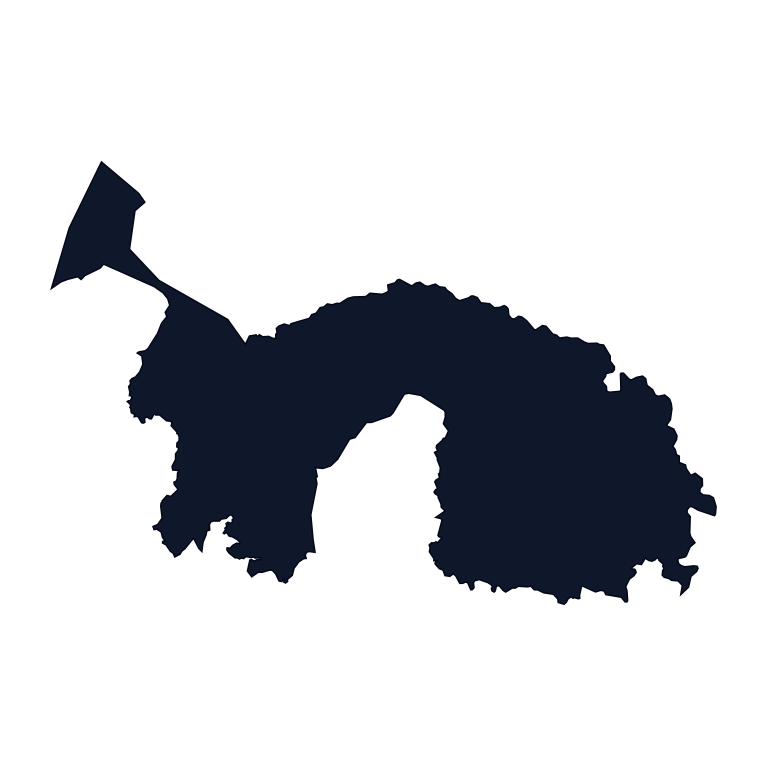 Xochistlahuaca, Guerrero, Mexico (orthographic projection), rotated 271°
{"feature_id": "50627088B15605967871825", "entity_name": "Xochistlahuaca", "entity_type": "district", "adm_level": 2, "iso_a3": "MEX", "parent_name": "Mexico", "parent_adm1": "Guerrero", "projection": "orthographic", "projection_center": [-98.192, 16.882], "detail": "fine", "context": "isolated", "style": "filled", "palette": "ink", "viewbox_px": 768, "rotation_deg": 271, "n_neighbors": 0, "source": "geoboundaries", "source_scale": "gbopen_adm2", "svg_char_len": 6162}
<svg xmlns="http://www.w3.org/2000/svg" viewBox="0 0 768 768"><g transform="rotate(271 384 384)"><path d="M201.9,699.8L205.1,701.2L207.2,700.4L207.6,696.9L206.5,688.1L207.5,684.4L209.6,681.7L213.3,680.8L214.7,681.6L216.1,687.6L217.4,689.2L226.4,692.9L230.7,697.7L236.9,693.3L240.4,692.3L256.8,692.5L260.5,689.3L263.2,689.3L266.8,691.7L266.5,694.6L263.3,700.4L258.1,716.8L259.8,717.7L267.2,718.2L276.0,715.4L278.2,711.3L278.7,704.9L281.3,701.6L285.1,701.9L288.0,704.2L294.8,703.9L300.2,696.7L298.0,692.3L304.7,687.7L308.3,686.9L310.7,680.6L317.1,680.5L318.3,677.8L323.5,676.3L326.7,673.9L333.6,677.5L337.3,677.9L344.0,674.5L346.8,668.2L347.9,667.4L353.3,671.0L364.3,672.3L369.2,671.6L373.4,670.1L375.0,668.6L377.9,664.8L376.5,658.6L377.7,655.5L383.0,652.7L387.3,647.0L394.0,645.5L396.4,642.4L395.1,636.5L392.4,631.3L393.1,629.0L399.0,623.3L399.0,620.9L398.1,620.2L382.2,621.0L380.8,620.0L379.7,609.3L380.8,606.8L385.5,606.4L389.2,602.9L391.2,602.5L395.3,605.3L398.3,605.9L400.0,612.4L402.3,614.1L405.4,614.1L410.8,609.8L415.9,609.7L426.8,602.9L427.3,598.7L428.5,596.2L428.1,587.4L429.2,584.0L433.3,577.0L433.1,570.1L434.1,566.0L433.0,558.9L435.9,555.6L436.9,551.9L444.6,545.0L445.2,541.3L441.0,535.2L440.8,533.5L449.8,525.5L453.5,520.5L454.1,517.3L451.3,513.3L451.6,510.5L454.9,507.6L461.1,506.9L463.3,505.2L464.5,502.7L462.6,498.4L462.2,493.0L466.1,488.2L466.9,479.4L472.0,475.9L473.6,471.7L473.5,469.6L471.7,467.3L468.6,458.1L470.8,454.1L475.3,450.6L479.0,445.2L481.6,443.2L482.1,437.8L484.8,433.6L482.4,426.2L482.9,423.5L486.4,418.1L485.6,414.4L482.5,410.0L488.8,397.8L488.4,395.8L485.3,393.1L483.1,386.0L476.7,386.9L475.0,383.7L473.7,380.6L474.5,368.3L471.1,364.3L470.5,351.7L469.0,346.3L463.8,338.5L463.8,335.2L462.3,330.8L463.1,326.0L459.9,322.3L459.3,318.8L453.6,314.9L452.1,310.5L448.4,308.3L442.7,290.0L440.7,288.7L442.2,283.2L440.0,277.7L437.7,275.4L433.8,276.2L431.4,274.8L427.9,275.2L427.6,272.4L429.6,267.9L429.1,262.0L431.1,258.5L429.7,257.0L429.9,255.6L430.9,255.3L429.6,248.6L421.3,244.7L445.8,226.6L483.6,157.2L514.3,127.2L552.9,132.0L561.6,141.7L570.2,135.5L601.1,97.6L534.6,66.6L473.7,49.8L480.4,59.1L483.1,65.8L485.9,76.0L483.2,79.3L487.2,83.1L495.0,98.3L499.0,101.5L477.4,152.5L471.3,161.5L465.5,166.3L458.9,168.4L451.9,164.0L447.5,165.7L441.0,160.6L430.6,156.7L415.4,147.5L413.0,144.6L411.9,138.6L410.6,136.7L407.8,141.4L399.6,142.6L391.9,139.6L386.8,135.5L384.9,131.8L382.8,130.0L379.4,130.6L377.0,128.7L371.5,130.0L368.0,129.6L367.5,131.5L365.9,132.2L362.5,130.3L362.8,128.8L362.0,127.6L358.6,131.2L356.0,130.3L354.6,131.8L353.7,131.3L350.8,131.9L349.1,135.2L346.9,134.8L347.4,137.6L346.4,139.1L341.1,142.2L340.7,144.1L341.5,145.6L345.2,145.2L346.4,146.1L346.7,148.3L345.2,150.1L345.1,152.1L350.0,154.5L349.0,156.4L349.1,160.2L343.4,167.2L343.0,171.9L340.4,172.5L338.6,171.9L332.1,178.0L330.9,177.7L330.4,178.9L327.7,180.1L323.7,180.1L321.3,178.0L317.5,177.9L316.8,179.5L314.2,179.5L310.5,176.8L304.9,176.9L297.9,173.5L294.3,174.2L293.9,180.5L291.4,179.1L285.5,178.9L283.0,177.7L282.2,175.7L279.9,176.0L275.0,180.0L267.9,172.9L268.7,168.9L263.2,164.2L262.2,164.6L261.1,163.2L258.0,162.9L246.0,164.5L239.5,160.1L237.5,155.5L234.4,156.6L234.9,159.3L232.2,163.7L226.6,165.3L223.3,167.8L222.7,165.4L221.1,165.4L219.4,168.9L213.0,173.3L211.0,176.2L207.4,177.8L210.3,183.1L213.3,184.7L215.6,187.6L226.5,196.2L216.3,201.8L213.3,204.8L222.6,205.8L230.3,208.8L233.8,209.3L235.0,212.3L240.3,211.9L243.0,213.1L244.0,215.4L244.1,221.8L246.1,223.7L246.9,228.5L250.4,232.2L250.1,234.3L247.0,236.1L245.7,234.6L243.4,234.9L242.1,233.1L243.1,230.4L241.6,228.5L238.8,229.3L237.0,227.4L235.8,228.2L232.2,225.9L231.4,226.9L232.8,229.2L229.1,231.9L228.7,234.8L225.8,240.1L223.2,242.6L221.8,242.6L222.3,239.4L220.0,235.5L217.3,233.2L217.4,229.9L215.3,229.8L212.3,232.0L207.5,238.2L207.8,239.9L206.5,242.5L207.5,244.5L207.0,246.9L208.5,248.0L208.9,250.4L208.0,254.0L208.8,257.0L207.7,258.0L208.2,262.8L206.2,263.6L206.3,260.4L204.7,257.3L206.0,254.7L205.6,252.9L194.6,250.7L188.9,255.1L193.5,261.4L193.6,265.5L196.0,273.0L195.8,275.5L192.1,279.1L185.2,282.5L184.7,285.5L186.9,286.2L187.5,287.4L184.1,287.3L183.3,289.0L184.9,291.1L186.9,290.8L191.0,295.6L198.2,297.3L204.6,301.9L208.0,306.7L208.2,309.2L211.8,308.2L214.6,309.8L215.2,312.3L214.5,318.0L227.3,315.8L252.0,313.1L283.2,318.7L289.1,317.5L290.2,318.9L299.1,316.9L298.5,324.3L301.0,331.9L307.9,338.9L328.3,350.6L329.9,356.0L345.2,367.2L345.4,372.3L352.3,390.8L355.1,393.4L374.2,404.5L375.2,408.8L373.3,420.9L358.7,444.8L356.7,445.7L352.2,445.9L345.3,444.1L338.3,449.3L331.1,446.3L330.6,444.2L328.5,443.1L323.6,437.8L321.3,437.3L318.2,438.9L316.5,435.7L310.3,439.0L309.4,438.5L301.3,441.8L296.0,441.3L295.0,440.1L291.0,441.1L288.8,437.5L287.0,436.5L280.2,439.4L279.4,437.6L276.8,435.9L275.1,437.1L273.1,440.5L271.9,440.0L265.0,443.1L261.7,443.4L258.1,447.3L251.5,438.1L250.4,443.4L248.6,444.3L233.6,440.6L232.1,441.6L231.6,444.2L230.8,444.2L226.1,440.2L227.2,438.7L226.1,437.5L226.0,434.2L223.8,432.0L220.9,432.9L217.0,432.3L210.2,437.0L208.2,436.9L208.4,440.1L206.5,438.3L204.9,438.3L200.4,442.4L199.0,446.2L193.5,448.3L192.8,453.1L195.4,456.6L193.4,459.1L186.0,463.2L186.1,466.3L187.4,468.9L187.0,471.0L179.7,474.4L179.9,475.9L182.0,477.6L186.6,476.9L188.8,478.0L190.1,482.6L187.2,491.4L185.0,494.8L183.1,496.1L181.6,494.9L179.0,495.6L177.9,497.7L179.1,498.9L182.9,499.6L184.4,501.0L184.0,503.0L179.7,506.7L178.1,509.3L182.2,515.8L182.2,518.6L184.1,522.0L183.7,531.1L184.4,534.4L180.9,537.7L180.8,541.3L178.0,547.4L176.7,557.0L172.1,561.5L168.6,562.0L166.9,567.9L168.8,570.0L172.5,571.9L174.5,574.8L173.1,576.7L173.7,578.2L172.7,581.8L173.1,583.5L176.1,583.2L185.8,585.2L179.8,599.1L181.4,604.1L181.0,607.6L177.3,609.5L174.9,625.0L170.3,628.9L170.4,630.8L171.8,631.4L181.7,630.5L185.6,629.2L193.2,632.8L196.8,637.4L200.1,639.4L203.0,638.2L203.6,634.9L204.3,634.6L208.7,639.7L208.0,644.6L214.4,648.3L212.1,652.0L211.5,654.8L212.7,657.8L214.5,659.6L214.8,661.4L212.6,661.9L208.5,666.6L206.9,665.8L204.3,667.1L202.3,665.9L197.7,665.5L195.7,667.5L194.4,672.4L192.7,674.9L192.3,681.4L187.9,685.8L178.6,684.4L186.1,692.0L197.0,694.3L201.9,699.8Z" fill="#0f172a" stroke="#020617" stroke-width="1.5"/></g></svg>